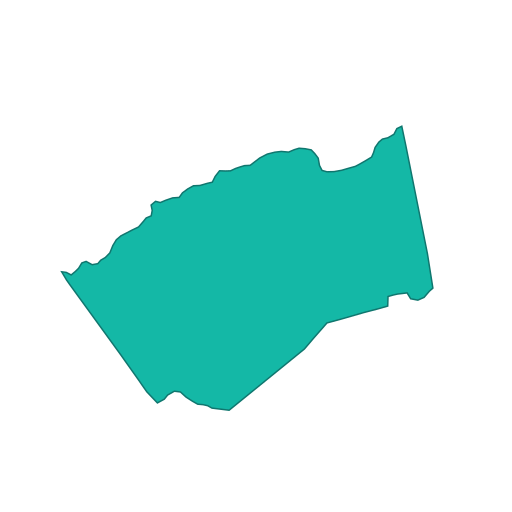 São Domingos, Bahia, Brazil, rotated 110°
{"feature_id": "56859067B2625578868269", "entity_name": "São Domingos", "entity_type": "district", "adm_level": 2, "iso_a3": "BRA", "parent_name": "Brazil", "parent_adm1": "Bahia", "projection": "albers", "projection_center": [-39.595, -11.458], "detail": "fine", "context": "isolated", "style": "filled", "palette": "teal", "viewbox_px": 512, "rotation_deg": 110, "n_neighbors": 0, "source": "geoboundaries", "source_scale": "gbopen_adm2", "svg_char_len": 1493}
<svg xmlns="http://www.w3.org/2000/svg" viewBox="0 0 512 512"><g transform="rotate(110 256 256)"><path d="M208.9,332.8L211.4,338.8L216.2,343.0L221.8,346.7L227.2,348.2L229.9,354.2L234.5,359.9L238.5,364.2L239.0,369.1L244.0,372.0L248.7,369.1L254.1,368.2L257.8,372.2L262.1,373.7L268.9,376.3L274.1,381.4L278.7,385.6L283.2,389.8L288.5,392.8L295.1,394.1L303.1,394.4L309.0,397.1L313.1,400.5L317.3,402.0L320.2,407.0L319.2,413.8L322.1,417.3L328.2,418.5L332.4,420.5L337.0,423.2L336.3,428.7L337.3,433.2L343.3,425.9L346.5,421.3L395.8,348.3L398.8,344.0L412.9,323.6L416.6,318.4L421.0,312.1L427.8,298.4L421.9,293.2L416.9,291.5L411.0,286.5L409.6,280.5L412.5,273.5L414.2,266.0L415.2,260.1L413.8,254.9L413.2,250.2L414.0,245.4L410.1,228.5L326.8,178.7L313.1,173.6L294.6,166.4L286.8,155.3L272.3,135.4L263.8,123.1L258.0,115.1L248.9,118.1L245.8,113.8L243.3,109.9L241.1,105.5L239.0,101.4L243.3,96.0L242.1,88.8L237.4,83.9L229.7,81.0L225.7,78.8L195.2,95.7L101.3,152.8L84.2,163.4L88.1,167.2L94.4,168.0L99.8,172.5L102.9,177.2L106.9,179.5L113.2,181.2L118.6,180.9L123.5,181.2L129.8,186.3L134.5,190.3L137.8,193.3L141.8,198.9L146.2,204.9L150.0,211.5L152.6,218.1L153.0,223.2L149.2,227.3L142.8,231.0L139.6,235.9L137.4,240.4L138.4,246.6L140.0,252.4L143.0,256.4L147.2,260.9L149.1,268.0L152.0,273.8L156.4,280.3L162.6,286.0L168.4,289.7L172.8,292.5L175.0,297.7L177.9,301.6L180.7,305.1L184.7,309.1L186.5,313.6L188.4,319.4L195.2,321.6L201.6,322.3L204.3,326.5L208.9,332.8Z" fill="#14b8a6" stroke="#0f766e" stroke-width="1.5"/></g></svg>